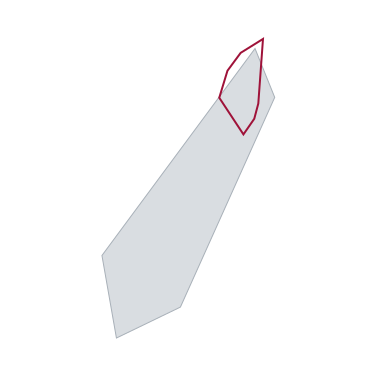 West End highlighted on a map of Anguilla, rotated 147°
{"feature_id": "AIA-5127", "entity_name": "West End", "entity_type": "District", "adm_level": 1, "iso_a3": "AIA", "parent_name": "Anguilla", "parent_adm1": "", "projection": "natural_earth1", "projection_center": [-63.137, 18.189], "detail": "fine", "context": "in_parent", "style": "outline", "palette": "rose", "viewbox_px": 384, "rotation_deg": 147, "n_neighbors": 0, "source": "natural_earth", "source_scale": "10m", "svg_char_len": 389}
<svg xmlns="http://www.w3.org/2000/svg" viewBox="0 0 384 384"><g transform="rotate(147 192 192)"><path d="M302.1,187.8L61.0,278.0L71.1,226.3L264.4,101.8L334.9,110.7L302.1,187.8Z" fill="#d9dde1" stroke="#a8b0b8" stroke-width="1"/><path d="M117.8,256.2L96.2,274.4L75.4,282.2L49.1,281.7L88.2,230.1L99.9,219.5L117.5,212.3L117.8,256.2Z" fill="none" stroke="#9f1239" stroke-width="2"/></g></svg>